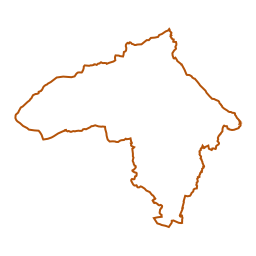 Negrilesti, Vrancea, Romania (Albers equal-area conic projection)
{"feature_id": "2599482B89880546204956", "entity_name": "Negrilesti", "entity_type": "district", "adm_level": 2, "iso_a3": "ROU", "parent_name": "Romania", "parent_adm1": "Vrancea", "projection": "albers", "projection_center": [26.707, 45.947], "detail": "fine", "context": "isolated", "style": "outline", "palette": "amber", "viewbox_px": 256, "rotation_deg": 0, "n_neighbors": 0, "source": "geoboundaries", "source_scale": "gbopen_adm2", "svg_char_len": 5860}
<svg xmlns="http://www.w3.org/2000/svg" viewBox="0 0 256 256"><path d="M168.8,227.0L171.6,222.9L171.8,222.0L171.7,220.8L172.0,220.6L173.1,220.7L173.5,220.5L178.7,222.8L181.3,223.1L182.1,222.9L182.0,222.1L182.2,221.1L182.1,219.8L182.5,217.9L182.1,216.8L182.1,215.9L181.7,215.3L181.1,215.2L180.5,216.5L180.1,216.3L179.8,215.5L182.0,210.3L182.8,208.1L182.3,208.0L183.9,202.0L183.6,201.4L185.2,195.8L187.7,196.3L190.0,195.8L190.9,194.6L191.5,193.1L193.2,191.5L193.7,189.4L195.1,188.6L196.8,188.4L197.1,185.9L196.4,185.2L196.3,184.8L196.7,184.0L196.7,182.5L197.6,181.8L197.8,181.2L197.2,178.8L197.4,178.4L197.8,178.2L198.1,177.6L198.0,177.1L199.1,177.1L199.5,176.9L199.3,175.5L200.1,174.1L200.1,173.4L200.4,172.8L201.8,172.1L201.9,171.6L201.4,171.2L201.9,170.6L202.2,170.0L202.1,168.8L203.4,167.8L203.2,167.2L203.2,166.9L203.9,166.9L204.1,166.6L204.0,166.0L203.4,165.1L203.0,163.9L202.5,163.0L202.4,161.9L201.4,159.8L201.5,159.4L200.5,158.5L201.1,156.9L201.0,156.4L199.9,155.2L199.8,154.8L199.5,154.2L199.7,153.8L199.8,152.7L199.5,152.2L199.5,151.2L200.8,150.0L200.6,149.3L200.7,148.9L201.6,148.3L201.5,147.8L202.0,147.4L202.6,145.7L203.3,146.6L203.2,147.4L203.3,147.4L203.3,147.6L203.7,147.7L204.0,148.1L204.5,147.9L205.2,147.0L208.3,145.6L208.9,148.7L209.5,149.0L211.7,150.0L212.1,149.4L212.3,148.5L213.2,148.4L215.6,149.0L215.9,148.5L215.8,147.9L216.1,147.2L216.1,146.5L216.2,146.1L217.1,145.3L218.5,144.5L219.0,143.6L218.8,142.6L217.5,141.1L218.2,139.3L218.2,139.0L217.9,138.3L217.9,137.8L218.7,136.0L219.3,135.5L219.4,135.0L220.1,134.5L220.3,133.9L220.8,133.7L221.1,132.9L222.4,131.4L222.5,129.1L222.7,128.1L223.2,126.8L223.8,125.8L224.1,125.6L225.1,126.2L226.9,126.2L227.2,127.0L227.6,128.6L228.8,128.8L228.9,129.2L229.1,129.4L232.0,130.0L234.0,129.8L238.4,128.2L239.0,127.6L239.2,126.6L239.9,126.4L240.4,125.8L240.6,125.2L240.5,124.9L240.6,124.3L240.4,123.6L239.6,123.7L239.9,123.1L240.4,122.9L239.9,122.6L239.7,122.3L240.3,121.5L240.0,121.2L239.1,120.7L239.2,120.3L236.8,117.7L236.1,116.2L235.1,114.9L234.9,113.9L235.0,113.6L234.8,113.2L233.9,112.9L232.3,112.8L230.9,112.0L229.6,112.0L228.3,111.5L227.7,110.8L224.0,108.5L222.3,107.0L221.8,105.7L221.2,105.3L221.0,104.6L219.6,103.3L219.1,101.7L218.3,100.9L215.8,99.9L214.1,99.0L212.1,98.8L211.5,98.3L211.2,97.8L209.9,96.6L206.5,92.7L205.5,90.7L200.1,85.4L199.1,83.9L197.3,81.6L194.8,78.7L194.1,78.6L192.3,77.5L191.7,76.4L190.3,75.5L189.2,75.0L186.9,74.9L186.5,74.5L184.6,69.9L181.7,64.5L181.3,64.6L180.9,63.9L177.3,61.0L177.0,60.2L176.3,59.0L175.4,57.7L174.2,58.5L173.6,58.2L172.6,55.5L172.4,53.2L174.2,50.4L175.8,49.0L176.0,48.2L175.4,47.2L175.4,46.7L176.3,45.1L176.4,43.9L176.0,42.0L173.3,41.8L173.2,41.4L173.7,40.1L173.7,39.5L172.4,39.2L172.1,38.8L172.0,38.4L171.3,37.9L171.2,37.4L170.4,36.3L170.5,35.9L171.4,35.3L170.7,34.3L171.3,33.4L171.4,32.7L169.9,31.1L169.7,30.7L169.6,29.6L169.2,29.0L168.1,30.5L165.7,31.4L161.9,34.0L159.2,35.0L158.1,36.9L154.8,37.6L150.9,37.9L148.9,40.1L146.7,40.1L141.5,44.3L137.9,44.5L136.6,44.7L136.0,45.0L134.6,45.0L133.4,44.3L131.9,43.9L130.9,42.7L130.0,42.3L129.6,42.3L129.3,42.6L129.1,43.4L128.9,43.5L127.5,42.9L126.4,44.0L125.9,44.9L125.8,46.3L126.3,47.8L126.2,49.6L126.0,50.6L125.3,51.4L123.9,52.0L123.5,55.0L123.0,56.5L119.9,56.1L118.9,55.6L115.6,55.4L115.1,56.7L115.0,57.3L115.1,59.0L115.3,60.3L113.5,61.5L108.9,62.9L106.8,63.8L106.4,63.2L104.6,63.0L102.9,63.1L101.9,62.8L101.1,62.3L100.7,62.4L99.5,63.5L98.2,63.6L96.7,64.9L95.3,64.4L94.2,64.3L93.8,64.9L91.8,65.4L90.8,65.3L89.2,65.8L84.7,65.4L83.8,66.5L83.7,68.1L83.1,70.2L82.7,70.6L82.5,71.5L81.7,72.5L78.9,72.4L77.7,72.6L76.4,73.7L74.6,76.4L71.4,77.2L63.2,76.6L56.7,77.5L50.7,82.1L47.9,83.6L47.0,84.5L45.5,85.1L44.2,86.1L43.4,87.0L42.0,89.9L41.5,90.1L41.1,90.9L40.7,91.1L38.7,91.8L38.7,92.9L38.5,93.3L37.0,93.9L35.5,94.0L33.0,95.2L31.6,97.8L31.4,98.3L30.3,99.2L29.6,100.4L27.5,102.0L22.7,106.5L20.8,107.5L18.5,111.7L18.3,112.5L15.9,114.6L15.6,115.4L15.4,118.0L16.1,119.8L17.3,121.3L20.1,123.2L23.0,125.9L27.2,128.1L28.9,129.6L34.3,130.4L38.6,130.7L40.0,132.3L41.6,134.9L42.9,138.7L43.3,139.5L47.8,138.8L51.5,137.5L53.7,136.3L58.2,133.4L63.1,131.2L64.8,130.7L64.8,130.2L65.4,130.0L66.0,129.9L66.3,130.7L67.7,131.4L68.6,131.0L69.6,131.3L70.3,131.8L71.3,131.8L72.9,131.2L73.8,131.1L74.9,131.4L76.2,131.0L78.6,130.7L79.7,130.9L81.6,130.9L82.2,130.5L83.1,129.3L84.9,129.0L86.0,129.3L90.2,127.2L91.4,126.2L92.8,126.1L95.2,125.3L98.5,126.4L101.4,126.7L102.6,126.5L105.0,126.8L105.3,129.3L106.4,133.2L106.6,135.5L107.1,137.6L107.7,139.6L109.6,141.5L112.9,141.3L115.2,141.5L116.0,141.9L118.1,142.0L120.0,140.7L121.4,140.2L124.0,140.0L125.8,138.7L126.5,139.2L129.1,138.9L130.5,138.4L131.0,140.8L131.1,141.5L131.4,141.9L131.9,143.0L131.6,143.4L130.9,143.5L131.2,144.3L131.1,145.5L132.1,146.3L134.2,147.2L133.5,148.0L132.3,148.8L132.9,153.6L132.9,156.4L133.5,157.6L133.0,159.3L132.7,160.8L132.8,161.2L133.6,162.9L133.8,164.2L134.3,164.9L134.5,165.6L135.5,165.9L135.7,166.5L135.8,167.2L135.5,167.8L134.0,169.5L132.4,170.4L132.4,170.8L132.8,171.3L134.5,172.3L136.1,172.7L136.6,173.1L136.7,173.7L136.5,175.7L136.0,176.2L135.3,176.2L135.0,176.6L134.5,179.0L134.2,179.2L133.7,179.3L132.0,179.0L131.4,179.6L131.2,180.4L131.3,181.0L133.2,184.5L134.2,185.4L134.9,185.6L136.5,185.3L137.0,186.1L137.3,187.0L137.9,187.4L139.3,187.3L140.6,186.4L141.8,186.8L144.6,188.6L146.3,190.5L149.8,192.1L150.9,193.6L152.2,195.1L152.9,195.4L153.3,195.8L155.3,198.7L155.0,199.0L154.0,199.3L153.9,199.6L153.2,199.9L152.6,200.5L152.9,201.1L153.5,201.6L153.6,202.5L153.9,202.8L154.5,203.0L154.8,202.7L155.9,202.9L156.3,203.3L157.5,203.9L158.2,204.8L158.9,205.2L159.8,205.3L160.4,204.9L160.9,205.0L162.0,205.8L162.1,206.7L161.6,207.9L160.9,208.3L160.8,208.8L160.1,209.6L159.6,212.9L160.8,214.6L161.5,214.8L161.7,216.8L157.5,217.3L153.9,218.1L157.3,223.4L160.2,224.3L161.7,225.0L165.5,225.8L168.8,227.0Z" fill="none" stroke="#b45309" stroke-width="2"/></svg>